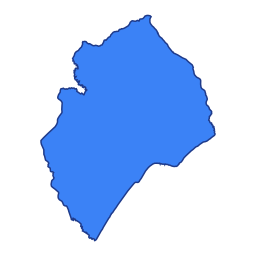 Uato-Lari, Viqueque, East Timor
{"feature_id": "22284137B41938791268987", "entity_name": "Uato-Lari", "entity_type": "district", "adm_level": 2, "iso_a3": "TLS", "parent_name": "East Timor", "parent_adm1": "Viqueque", "projection": "robinson", "projection_center": [126.552, -8.764], "detail": "fine", "context": "isolated", "style": "filled", "palette": "blue", "viewbox_px": 256, "rotation_deg": 0, "n_neighbors": 0, "source": "geoboundaries", "source_scale": "gbopen_adm2", "svg_char_len": 5620}
<svg xmlns="http://www.w3.org/2000/svg" viewBox="0 0 256 256"><path d="M151.1,16.7L150.1,15.8L149.7,15.7L147.9,15.4L146.7,15.5L145.0,16.1L144.1,17.4L142.8,18.7L141.2,19.0L140.3,19.0L139.6,19.4L139.3,20.8L138.9,21.0L137.4,20.4L136.0,21.1L135.2,21.3L132.5,20.8L131.9,20.9L130.3,22.2L129.4,24.3L128.0,26.0L124.1,28.3L122.0,28.9L121.5,28.7L120.5,29.4L119.5,29.4L119.1,29.8L118.5,31.2L117.4,31.4L116.4,31.4L116.0,31.6L114.6,31.7L113.2,32.3L110.7,35.1L110.2,36.6L108.4,37.4L106.2,40.1L105.7,40.2L105.3,39.9L104.9,40.0L104.1,40.4L103.4,42.6L102.7,43.7L102.2,44.8L100.7,45.3L100.2,45.8L98.5,46.2L97.6,45.8L95.7,45.3L94.9,45.6L93.1,45.7L89.7,43.7L88.4,43.8L86.9,42.8L86.3,41.9L85.9,41.6L84.6,41.4L83.5,41.7L82.9,41.6L82.5,42.4L82.6,44.2L81.5,47.0L79.8,48.6L78.4,50.5L76.2,51.7L75.2,52.9L74.9,53.3L74.2,55.7L72.6,58.6L73.2,59.6L72.9,60.9L73.7,61.0L74.0,61.5L74.3,63.7L74.7,63.9L75.1,63.8L75.3,63.6L75.6,63.7L76.1,64.1L76.3,65.6L76.9,65.6L77.4,65.3L77.6,66.7L77.9,66.8L78.0,67.3L77.5,68.3L77.9,68.7L77.5,68.8L76.9,68.6L76.2,68.1L75.7,68.3L75.3,68.7L75.2,69.1L75.4,70.1L74.2,70.4L74.0,70.9L74.2,71.4L74.8,71.9L74.1,72.6L74.7,74.4L74.6,74.9L74.2,76.0L74.7,76.7L75.1,76.8L76.0,76.6L75.7,77.2L74.7,77.5L74.7,78.5L75.4,79.8L76.2,80.0L76.8,79.7L77.1,79.8L76.7,80.7L77.0,81.3L77.6,82.1L78.1,82.2L78.4,82.0L78.6,81.3L79.0,81.1L79.4,81.1L79.3,81.6L78.3,84.0L78.3,84.4L78.6,84.8L79.9,84.7L80.3,85.5L80.9,85.7L81.3,85.6L81.8,84.9L82.5,85.1L82.7,85.3L82.7,85.7L82.3,86.1L82.5,87.1L83.7,87.6L84.0,87.3L84.2,86.6L85.5,87.3L85.8,88.2L85.2,89.1L85.2,89.6L85.7,90.0L86.4,89.7L86.7,89.8L86.7,90.2L85.8,90.9L85.0,92.2L84.0,94.7L83.6,94.7L81.8,93.1L80.8,93.9L79.9,93.5L78.6,92.5L77.3,91.7L76.8,91.3L77.0,90.2L76.3,88.7L75.1,89.0L74.0,88.0L72.8,88.3L72.3,88.3L71.9,87.9L71.2,87.9L70.2,88.6L69.3,88.0L67.3,89.2L66.9,89.2L66.5,88.9L66.1,88.8L65.3,89.2L64.8,89.1L63.2,88.2L62.9,88.6L61.2,88.7L60.8,89.0L60.3,90.4L60.2,92.2L58.6,94.6L58.3,95.5L57.8,97.0L57.8,98.0L58.7,99.1L60.3,100.2L61.2,101.0L62.1,102.5L62.2,103.1L62.0,105.3L61.8,109.3L62.0,112.0L61.9,112.7L59.3,116.2L57.9,118.5L57.5,119.9L57.5,122.1L57.2,123.0L56.7,124.3L55.2,126.7L48.2,133.2L43.5,137.8L41.0,140.5L41.0,142.3L41.4,144.3L43.8,149.7L43.9,154.4L44.6,156.1L45.4,159.5L45.6,160.1L47.9,161.8L48.8,163.2L48.1,164.5L48.3,165.0L48.0,166.1L48.0,166.6L50.0,168.0L50.2,168.3L50.4,170.6L50.5,171.2L50.9,171.6L51.5,171.8L52.3,171.7L53.0,172.0L53.6,172.6L53.0,173.3L53.2,174.3L52.9,175.2L53.4,176.9L53.9,177.5L53.7,178.8L52.0,180.4L51.7,181.0L51.1,184.2L51.4,186.1L52.3,187.1L55.1,189.2L58.5,192.2L58.7,193.1L58.2,195.1L58.1,196.2L58.2,197.8L58.4,198.3L59.1,199.4L59.6,199.9L61.7,201.1L62.2,201.7L63.1,203.7L63.6,205.0L64.7,205.7L65.2,205.9L66.5,206.0L66.9,206.4L68.4,209.8L68.8,211.4L71.1,218.1L71.4,219.5L72.1,219.9L73.1,218.2L73.5,218.4L73.6,218.9L73.2,219.9L73.4,220.3L73.8,220.0L74.0,219.1L74.6,219.0L75.0,219.1L75.7,220.1L75.6,220.4L75.8,220.7L76.6,220.6L79.6,222.5L80.0,223.1L81.1,224.1L80.8,226.2L81.4,226.2L82.0,226.4L82.3,226.9L82.0,227.3L81.5,227.6L81.6,228.1L82.1,228.2L82.1,228.7L82.3,229.1L82.9,229.5L83.0,229.9L82.8,230.5L82.5,230.9L83.0,231.2L83.5,231.3L84.6,232.2L85.4,232.2L85.7,232.4L85.8,232.8L86.1,233.1L86.6,232.6L87.0,233.2L87.1,233.7L87.6,233.9L88.2,234.6L89.1,235.1L89.2,235.6L89.0,236.4L88.8,236.8L89.0,237.6L89.9,238.2L90.6,237.8L91.1,237.9L91.4,238.2L91.7,239.0L92.2,239.2L92.4,238.7L92.8,238.5L93.8,238.9L94.3,239.3L94.6,240.6L94.8,240.6L95.9,239.9L96.5,239.2L101.1,231.0L102.4,229.2L103.3,227.3L108.7,218.3L109.9,216.8L110.3,215.6L111.2,214.3L111.4,213.5L111.9,213.3L112.9,212.2L114.2,210.1L116.0,207.7L118.0,204.6L127.9,190.8L134.3,183.1L135.1,182.5L135.8,182.3L137.9,182.4L138.5,182.1L139.2,181.5L139.8,180.3L141.3,178.3L145.6,170.9L148.3,167.6L149.9,166.1L152.7,164.1L154.5,163.3L157.4,163.2L158.1,163.4L159.5,163.2L159.8,163.3L160.1,164.0L160.2,163.7L160.4,163.6L161.8,163.9L162.1,164.2L163.0,164.1L164.7,164.3L164.8,164.6L164.9,164.4L164.9,164.1L165.2,164.0L166.4,164.4L167.9,164.5L168.4,165.0L170.1,165.2L171.4,165.9L173.3,166.4L174.8,166.5L175.6,166.3L176.3,166.4L176.8,166.2L177.6,165.7L178.6,164.3L179.1,164.0L179.1,163.5L179.6,162.9L180.8,162.3L181.4,161.8L182.5,160.3L183.9,157.9L185.9,155.8L191.0,151.0L193.2,149.3L194.9,147.7L196.0,146.8L197.7,146.2L199.9,144.3L203.3,142.0L205.5,141.6L207.2,140.9L209.7,138.9L210.5,138.6L211.0,137.9L214.5,135.3L215.0,134.3L215.0,133.7L214.7,133.3L214.4,132.5L214.6,131.7L214.6,131.2L214.5,130.8L214.0,130.4L214.4,129.6L214.2,128.9L214.2,128.3L214.1,128.0L213.4,127.6L213.7,127.3L213.9,126.8L213.7,126.6L212.9,126.5L212.9,125.7L212.5,124.9L211.6,124.6L211.7,123.3L211.3,122.9L210.6,123.0L210.0,122.5L209.5,121.0L208.7,120.2L208.9,119.3L209.1,119.1L209.3,118.2L209.4,116.4L210.4,115.7L210.9,114.5L211.1,114.1L211.5,114.0L211.7,113.5L211.4,112.4L211.7,112.0L211.6,111.6L211.0,110.6L210.5,110.4L210.0,109.6L209.4,109.1L209.3,108.3L208.7,107.0L208.0,106.0L206.8,105.1L206.2,103.9L206.1,102.5L206.5,101.0L207.2,99.6L207.2,98.5L206.5,96.2L205.6,94.9L205.7,94.5L205.7,94.0L204.8,90.8L204.1,90.1L201.9,88.7L201.1,87.5L200.9,86.5L200.6,84.2L200.7,80.7L200.4,79.6L200.0,79.1L198.9,78.3L196.9,77.3L196.2,76.7L194.7,75.0L194.1,73.6L193.7,71.1L193.0,69.0L193.0,68.1L193.3,67.2L192.9,66.8L192.6,65.7L192.1,64.8L188.4,61.8L185.9,59.3L182.4,57.8L177.7,54.9L173.6,53.0L173.3,52.6L173.0,52.0L172.6,52.1L168.9,47.5L168.1,46.2L167.5,44.7L167.2,44.2L165.0,42.3L164.6,41.5L162.5,39.2L162.0,38.4L160.0,36.9L159.1,35.9L158.4,34.4L157.9,32.8L157.6,32.4L157.5,32.6L157.1,31.4L156.0,29.7L154.7,28.5L153.5,27.0L152.4,26.2L150.7,24.0L150.3,23.2L149.9,22.1L149.9,19.1L150.2,18.3L151.1,16.7Z" fill="#3b82f6" stroke="#1e3a8a" stroke-width="1.5"/></svg>